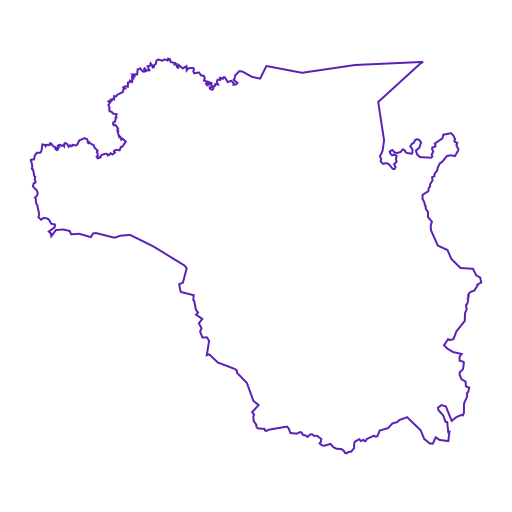 outline of Rankas pag., Gulbene, Latvia
{"feature_id": "27541924B63900678349078", "entity_name": "Rankas pag.", "entity_type": "district", "adm_level": 2, "iso_a3": "LVA", "parent_name": "Latvia", "parent_adm1": "Gulbene", "projection": "orthographic", "projection_center": [26.154, 57.209], "detail": "fine", "context": "isolated", "style": "outline", "palette": "violet", "viewbox_px": 512, "rotation_deg": 0, "n_neighbors": 0, "source": "geoboundaries", "source_scale": "gbopen_adm2", "svg_char_len": 5918}
<svg xmlns="http://www.w3.org/2000/svg" viewBox="0 0 512 512"><path d="M378.2,102.0L420.6,63.3L423.1,61.9L355.0,65.0L302.0,72.8L266.4,66.0L260.1,78.6L252.1,76.9L242.2,71.5L239.3,71.2L235.3,75.2L234.5,78.8L233.7,79.8L237.4,82.9L236.1,84.5L233.4,84.7L233.7,83.1L231.2,80.8L227.8,82.1L224.8,77.3L223.8,77.2L222.8,78.8L220.8,77.7L220.0,77.9L220.6,79.2L220.1,80.0L217.6,79.7L216.8,81.9L218.0,84.5L215.3,84.1L215.0,85.8L213.0,86.4L213.6,87.9L212.5,89.8L209.9,88.8L209.7,87.3L211.6,86.9L211.5,83.0L210.4,82.8L210.0,84.1L207.1,85.3L206.0,83.7L206.8,82.8L208.2,83.3L208.6,82.0L204.0,80.6L204.8,78.2L203.8,75.8L201.2,75.5L198.9,72.5L194.1,73.3L193.3,71.4L194.0,69.1L193.2,67.9L188.2,68.3L186.7,70.3L186.4,66.2L182.8,68.4L178.7,65.0L178.2,67.8L177.8,67.8L176.8,66.7L176.3,64.0L174.5,64.3L175.0,63.0L170.8,62.1L169.8,59.0L168.1,58.7L168.2,60.2L167.6,60.5L164.5,59.4L162.3,60.7L158.4,59.5L156.5,60.6L155.9,63.8L154.0,65.4L154.0,67.0L152.7,67.5L152.2,65.4L150.6,63.4L150.2,65.7L147.6,66.2L149.4,70.3L146.4,70.5L144.7,68.3L144.0,69.1L145.3,71.3L143.7,71.8L141.5,70.4L140.4,68.4L137.6,69.5L137.2,74.4L132.8,74.4L134.6,75.9L134.5,76.7L132.1,76.1L131.9,76.8L133.2,78.6L132.1,78.8L132.3,81.1L131.9,82.1L130.0,80.7L129.7,82.2L128.0,82.5L127.8,86.8L125.5,86.2L123.4,87.3L125.0,88.6L123.5,89.0L122.9,92.0L117.5,94.7L115.9,96.5L114.2,96.1L114.1,99.2L113.3,98.7L111.9,100.4L111.1,99.5L108.6,101.4L110.4,102.1L108.4,104.9L109.6,107.7L109.1,109.1L109.6,111.3L111.6,111.7L112.8,113.5L116.6,114.3L116.0,116.6L116.4,117.4L115.6,117.8L115.7,119.1L114.7,122.1L113.4,122.2L113.0,124.0L113.9,125.4L115.5,125.0L118.1,128.5L117.4,129.5L117.8,130.1L117.5,130.8L118.3,131.2L117.8,132.2L119.2,136.9L119.7,136.3L120.5,137.1L121.3,139.7L122.4,138.6L125.8,141.6L122.3,146.7L120.9,146.9L119.6,150.4L117.1,149.8L114.4,150.5L113.9,151.5L114.9,152.7L112.4,154.5L110.6,153.2L109.1,155.1L107.7,155.4L107.4,154.0L105.7,153.7L101.8,154.8L100.3,156.6L100.5,157.4L97.7,158.3L96.7,156.7L97.7,156.1L97.6,153.3L96.8,152.1L97.6,150.6L94.7,147.9L93.8,145.3L89.1,142.7L88.4,143.2L87.8,142.3L88.6,141.8L87.7,141.3L87.2,139.2L84.3,138.2L79.2,140.5L77.2,144.7L75.6,145.5L72.7,144.8L71.6,146.3L70.1,145.3L68.7,146.8L67.2,144.0L65.2,143.0L64.4,143.5L64.1,146.1L63.4,145.1L61.5,146.0L60.5,144.8L58.6,145.2L57.8,145.8L58.9,147.1L57.4,147.7L58.2,149.0L56.8,150.1L55.3,148.8L55.7,147.9L55.2,147.1L53.1,146.2L51.7,144.2L50.6,144.4L50.6,143.3L49.9,143.3L50.1,144.2L49.3,145.2L46.7,144.8L45.6,146.2L45.0,144.9L42.4,144.4L41.5,150.7L40.4,152.7L36.8,152.8L34.8,155.6L34.0,159.4L30.9,159.7L30.7,160.8L31.4,161.6L32.3,166.2L31.9,168.9L33.0,169.5L34.3,176.0L35.2,176.9L34.7,179.5L35.6,181.6L35.3,182.7L33.7,183.3L32.9,186.4L36.9,190.6L37.8,193.3L37.0,195.6L35.0,197.5L35.8,198.7L36.0,203.0L37.2,204.9L39.2,214.2L38.5,217.2L41.1,219.7L43.6,217.9L46.9,218.4L49.0,219.7L51.2,223.7L54.9,224.5L54.7,227.3L48.8,231.5L50.9,233.4L51.3,236.2L56.0,230.0L63.4,229.5L69.7,231.0L71.2,234.3L79.2,233.8L90.8,237.1L93.1,233.5L95.8,233.0L114.5,237.7L120.5,235.7L130.0,234.9L153.3,246.4L184.6,265.6L186.7,268.2L182.9,282.7L179.2,284.1L180.1,289.5L181.0,292.0L193.7,295.2L193.3,300.2L194.3,301.1L195.8,309.5L198.0,312.6L196.1,314.7L202.3,318.9L198.9,323.3L201.5,328.3L200.1,331.6L202.4,337.5L206.9,337.4L209.1,340.8L206.8,355.2L209.2,354.3L217.8,362.5L234.8,369.0L236.8,370.5L237.0,372.8L246.9,383.0L253.4,400.9L258.6,405.0L252.1,412.2L254.1,414.5L253.3,416.5L253.7,421.1L256.4,424.9L256.4,426.8L257.8,428.4L264.6,428.9L265.1,430.6L266.5,430.9L268.8,429.7L286.9,426.6L288.7,428.3L290.3,432.9L296.5,433.7L300.2,432.1L301.6,432.6L303.1,435.0L305.8,435.4L307.4,437.0L310.4,434.4L312.2,434.3L314.1,435.9L317.0,435.8L321.3,439.0L320.8,441.9L319.6,443.3L321.6,445.1L324.1,445.8L330.5,443.9L333.5,447.3L336.8,448.8L341.3,449.0L344.3,451.3L344.8,452.8L346.7,453.3L348.1,452.1L351.1,451.7L354.1,448.2L354.1,443.9L355.0,441.6L359.2,439.2L360.9,441.1L363.4,439.8L364.6,441.2L365.6,441.0L366.9,438.9L374.0,435.7L375.1,436.6L377.3,436.3L379.8,430.5L387.9,428.2L392.5,423.4L397.3,422.1L399.2,420.1L407.1,417.2L420.7,430.3L424.2,438.9L429.8,443.5L432.8,443.6L435.8,437.3L439.4,439.9L448.3,441.1L449.4,431.8L448.3,432.3L447.2,422.0L445.5,421.8L443.2,415.4L438.4,410.1L438.0,407.7L441.4,405.1L445.9,406.5L451.7,420.9L456.3,417.1L461.2,415.0L462.9,415.4L463.9,413.1L464.0,403.6L467.1,396.6L467.1,392.9L468.2,391.9L469.2,387.7L465.9,386.4L465.6,381.6L461.5,379.2L459.7,375.0L459.7,372.3L463.0,369.1L463.8,363.6L463.7,361.9L459.6,360.6L459.5,356.9L461.6,354.0L453.0,352.0L447.6,348.8L444.0,345.3L448.1,339.1L449.6,340.1L453.5,339.1L456.4,331.4L464.7,321.0L465.1,312.9L466.6,309.6L466.1,304.8L467.2,303.8L468.2,300.3L467.6,298.9L468.6,297.4L468.1,296.1L468.6,295.7L468.2,295.2L468.6,294.0L470.6,291.9L474.3,290.6L477.6,285.4L477.2,284.8L481.3,282.4L480.1,277.5L476.3,275.4L472.9,268.8L460.5,268.0L451.4,259.0L447.5,250.0L437.8,245.6L430.9,230.0L430.7,225.5L431.9,221.7L428.0,217.0L428.0,212.1L425.9,208.9L425.5,205.7L424.9,205.4L424.4,202.4L422.5,198.9L422.6,194.8L428.2,191.3L428.9,187.9L430.2,186.0L430.1,184.3L432.6,180.3L432.0,177.3L434.3,176.3L434.4,174.3L437.5,169.8L437.4,168.3L440.0,163.1L441.7,162.4L446.9,156.0L450.8,155.3L454.9,156.1L458.1,150.6L458.4,149.3L456.4,145.3L457.2,142.8L454.7,141.8L454.4,140.8L455.1,139.1L453.1,135.1L450.9,133.2L443.3,134.7L442.4,138.4L434.7,143.6L435.6,145.8L435.3,146.5L432.2,147.6L432.1,149.2L433.3,151.7L431.7,154.4L432.4,156.6L430.9,157.7L419.9,157.1L417.1,154.4L415.9,150.5L419.2,147.9L421.1,142.6L419.4,140.1L416.9,139.2L415.2,140.0L413.8,142.7L412.0,143.8L410.3,146.3L412.4,149.3L412.5,152.2L411.7,153.8L406.3,152.8L404.3,150.0L402.7,149.4L400.6,152.0L397.0,153.0L394.5,152.3L392.3,150.0L389.7,151.4L390.1,153.1L392.1,155.3L394.3,154.6L396.6,155.7L395.9,159.2L396.6,161.7L394.1,164.3L395.6,167.1L394.5,169.0L392.9,169.0L388.8,164.1L386.0,163.1L383.2,163.9L380.7,161.6L381.2,158.9L379.9,156.4L382.5,151.0L384.1,140.5L378.2,102.0Z" fill="none" stroke="#5b21b6" stroke-width="2"/></svg>